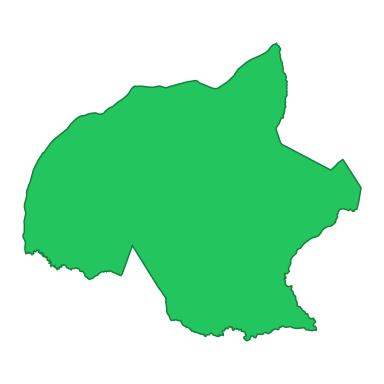 the district of Mueda, Cabo Delgado, Mozambique
{"feature_id": "85939544B28759712944697", "entity_name": "Mueda", "entity_type": "district", "adm_level": 2, "iso_a3": "MOZ", "parent_name": "Mozambique", "parent_adm1": "Cabo Delgado", "projection": "natural_earth1", "projection_center": [39.255, -11.566], "detail": "fine", "context": "isolated", "style": "filled", "palette": "green", "viewbox_px": 384, "rotation_deg": 0, "n_neighbors": 0, "source": "geoboundaries", "source_scale": "gbopen_adm2", "svg_char_len": 5916}
<svg xmlns="http://www.w3.org/2000/svg" viewBox="0 0 384 384"><path d="M25.8,253.6L26.8,253.4L27.3,252.4L28.4,253.1L29.2,252.7L29.4,251.7L29.8,253.0L31.2,253.5L31.3,254.1L32.0,254.7L33.7,253.6L33.8,253.1L33.3,252.3L33.9,251.1L34.4,250.9L35.5,251.8L36.0,251.5L36.7,250.3L38.6,250.1L38.7,251.0L38.3,251.9L38.4,252.2L39.3,252.2L40.0,252.7L40.1,253.5L40.9,253.7L41.3,252.6L41.9,252.3L42.3,254.1L43.5,254.1L43.5,254.5L42.4,255.0L42.5,255.7L43.0,255.8L43.6,255.3L44.2,255.5L44.2,255.8L43.7,256.5L44.9,256.6L45.6,257.5L47.1,257.1L47.3,257.7L47.0,259.4L47.6,260.4L49.1,261.2L49.3,260.2L49.8,260.1L49.9,261.8L49.1,263.1L49.7,263.2L51.0,262.5L50.6,263.5L51.0,265.2L50.7,266.1L51.0,266.5L51.7,266.0L51.9,265.4L53.2,265.6L53.9,266.5L54.9,265.8L55.2,266.3L54.8,267.2L56.2,268.1L57.1,269.5L57.7,268.1L58.4,268.9L59.0,268.9L59.6,268.2L59.6,267.2L60.6,266.5L61.3,267.0L61.7,266.9L61.3,265.8L61.5,265.2L62.3,265.1L62.8,265.4L64.0,264.7L65.8,265.6L66.6,267.7L67.9,267.8L68.8,268.7L69.9,268.7L71.3,269.7L71.5,268.9L72.1,268.3L73.7,268.7L76.0,267.9L77.8,268.7L78.6,268.5L79.2,269.0L79.6,270.4L80.3,271.4L82.9,271.5L84.6,273.8L84.8,275.4L86.1,277.0L87.2,277.5L87.6,278.3L88.7,279.1L89.9,279.4L90.7,278.7L92.9,278.4L94.1,276.9L96.0,275.7L97.5,275.4L99.5,273.0L100.7,272.6L101.6,271.8L102.5,271.7L103.7,272.0L105.1,271.1L106.4,271.8L106.9,271.2L109.0,271.4L109.9,270.6L113.7,272.7L115.5,273.0L116.7,274.1L117.5,274.0L118.6,274.3L119.1,275.1L120.5,275.6L121.1,275.4L122.3,273.6L132.4,245.6L158.6,287.8L162.0,292.1L163.4,294.7L165.7,297.7L166.0,300.2L165.7,302.3L166.4,305.3L166.9,312.1L167.4,313.4L169.4,316.5L170.4,319.6L171.4,320.4L173.2,320.4L175.9,319.7L178.3,320.7L179.0,320.5L179.8,320.8L180.4,320.5L181.3,321.3L181.2,322.3L182.9,325.0L184.3,326.0L185.8,326.3L186.4,327.5L187.5,327.3L188.7,327.9L190.0,329.2L190.8,329.6L191.7,331.2L193.4,331.3L194.8,332.2L197.9,332.9L200.4,334.1L202.7,334.2L203.4,334.8L204.4,334.6L204.8,336.1L205.3,336.5L205.8,336.3L206.4,335.3L207.2,334.8L209.3,334.8L210.7,333.0L212.3,333.7L213.3,335.1L214.4,335.1L216.7,336.3L218.4,336.5L219.1,336.0L219.3,334.9L220.2,335.7L221.4,334.8L223.3,335.4L223.3,333.7L222.2,331.6L222.7,330.9L224.4,330.7L224.6,329.9L225.5,329.3L225.3,328.5L225.7,328.0L227.8,328.7L229.4,326.6L230.0,326.6L230.9,327.3L231.8,326.9L232.6,327.6L232.2,328.9L232.3,329.5L233.2,330.3L233.9,330.0L234.8,328.5L235.2,328.4L236.8,329.2L237.5,328.6L239.1,330.0L241.2,329.4L241.4,331.3L244.4,331.8L245.4,333.3L245.4,334.6L246.0,334.9L246.2,335.4L245.7,336.1L244.0,337.0L243.9,338.1L244.2,338.8L244.8,339.1L245.8,340.2L247.0,340.7L249.7,339.5L251.0,336.2L252.9,335.9L254.1,337.4L255.5,337.8L256.3,336.8L257.2,334.5L259.0,334.0L262.3,334.5L263.0,334.1L263.6,333.1L264.4,332.7L266.3,332.6L268.7,333.7L269.6,332.8L271.1,332.1L272.2,330.7L274.5,329.1L276.0,329.0L277.7,329.7L278.3,329.6L278.9,329.2L279.1,327.8L279.6,327.2L281.2,327.1L281.7,326.4L282.5,326.0L285.6,327.3L290.4,326.6L292.1,327.5L296.2,328.5L304.2,327.7L305.6,329.3L306.5,329.9L307.9,329.7L309.2,330.2L312.1,330.7L314.3,330.0L316.0,330.5L316.2,330.4L316.4,329.2L316.1,328.8L316.1,327.7L315.6,326.6L315.3,326.3L314.1,326.4L313.4,325.6L313.5,324.6L314.2,323.2L315.5,322.2L315.3,321.3L313.9,318.9L313.2,318.2L312.8,318.6L311.2,318.7L309.9,318.3L308.4,316.7L307.8,314.1L307.2,313.7L305.8,314.0L304.9,311.7L302.8,310.7L301.5,308.7L300.6,307.9L300.3,306.9L298.0,306.4L297.3,305.9L297.0,305.3L297.3,303.1L295.7,299.2L295.7,296.9L294.6,295.3L293.3,294.2L293.3,292.9L292.7,291.2L291.7,290.7L291.3,290.1L291.9,286.2L291.6,285.8L291.4,285.8L291.4,286.5L290.7,286.2L288.8,286.6L287.6,286.4L286.4,285.6L285.2,284.2L285.4,282.6L285.1,280.3L284.2,278.8L284.6,278.1L285.4,278.4L285.9,277.7L285.5,277.3L285.6,276.5L284.8,275.8L284.9,275.0L284.5,274.0L285.1,273.5L286.5,273.8L287.3,273.5L289.1,271.6L289.1,270.6L288.4,269.1L289.1,267.1L290.8,263.6L290.7,261.4L291.0,259.3L292.4,256.9L296.3,253.2L296.9,250.2L297.4,249.5L300.9,247.9L302.2,245.8L304.7,243.1L310.1,239.1L312.0,238.0L316.4,236.7L318.4,235.9L320.9,232.8L322.4,230.3L324.3,228.3L327.2,226.7L331.5,225.8L334.0,223.8L335.4,222.4L336.1,219.3L337.4,217.7L337.6,216.7L337.1,215.9L337.2,214.8L338.0,213.6L338.5,211.5L339.5,209.7L342.2,208.8L344.0,208.8L348.6,210.5L349.1,210.4L349.9,209.3L350.5,209.3L353.0,211.4L354.4,210.9L354.8,209.9L356.9,209.1L358.7,202.0L361.0,187.7L342.9,159.5L338.4,162.6L334.7,166.6L330.8,170.1L282.3,144.6L280.7,143.0L277.2,133.0L276.2,129.4L276.2,128.4L276.5,127.2L279.2,123.5L281.1,118.2L282.7,118.1L283.4,117.4L283.0,115.1L284.0,113.7L284.6,110.8L284.7,108.7L285.8,106.5L285.3,105.6L285.2,104.1L285.6,102.4L285.2,100.4L285.5,97.7L286.6,96.2L287.0,95.1L286.7,92.8L287.0,91.7L286.6,89.8L287.0,88.0L286.4,86.7L287.1,85.3L286.7,83.4L287.1,81.9L286.9,81.0L286.0,80.6L285.8,80.0L286.2,77.3L286.0,75.9L285.0,73.7L283.8,72.9L283.1,71.4L282.9,70.2L283.3,69.2L282.8,68.0L282.9,66.7L282.3,65.3L282.3,63.3L281.7,61.3L280.8,60.3L280.8,58.7L280.2,57.3L280.3,55.2L279.6,52.7L279.6,50.9L280.4,50.0L280.5,48.6L279.4,47.2L279.2,46.4L277.4,45.1L276.4,43.3L275.4,44.1L274.2,44.3L272.6,45.1L270.1,47.8L268.4,50.3L265.7,52.7L259.7,55.8L252.3,59.0L248.5,61.0L245.3,63.3L238.0,69.4L233.9,75.7L227.1,82.2L217.8,88.3L215.6,88.7L212.5,88.2L199.7,83.0L197.2,81.0L195.7,80.5L186.9,81.9L169.9,86.5L166.7,87.7L164.9,87.7L159.6,86.0L153.4,87.2L149.6,87.2L141.6,86.2L136.4,86.4L135.0,86.1L133.4,86.9L131.7,88.6L127.6,94.9L126.1,96.2L122.1,99.5L117.6,102.3L112.9,106.5L109.7,107.8L108.3,108.8L105.3,111.3L103.8,113.2L101.1,114.3L99.5,114.2L95.5,112.9L91.8,113.2L87.3,114.3L85.7,115.2L80.5,116.1L78.3,117.3L75.0,119.8L70.9,124.0L67.2,128.9L53.7,139.8L50.4,143.4L44.2,152.3L42.5,153.3L41.2,155.7L38.4,159.9L35.5,165.5L33.2,170.6L30.1,182.4L28.4,185.8L28.7,186.0L26.7,190.8L26.5,197.0L24.5,204.4L24.4,207.7L25.4,211.2L25.8,213.3L24.1,221.0L24.4,226.2L24.2,232.5L23.0,235.1L23.0,236.0L23.3,237.5L25.3,241.9L25.4,243.2L24.9,248.0L25.1,250.9L25.8,253.6Z" fill="#22c55e" stroke="#15803d" stroke-width="1.5"/></svg>